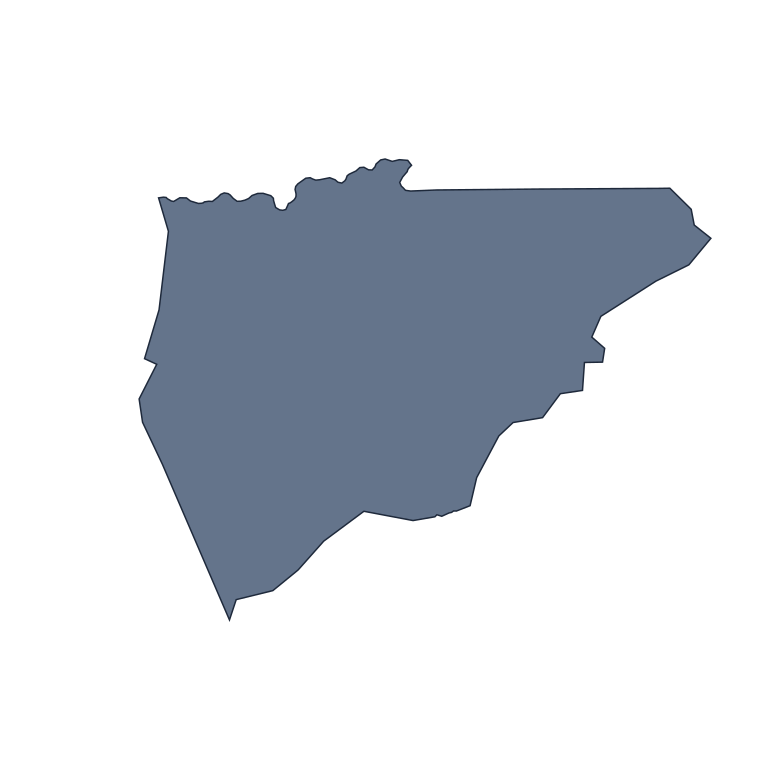 Transylvania, North Carolina, United States of America, rotated 197°
{"feature_id": "52423323B19490558712126", "entity_name": "Transylvania", "entity_type": "district", "adm_level": 2, "iso_a3": "USA", "parent_name": "United States of America", "parent_adm1": "North Carolina", "projection": "mercator", "projection_center": [-82.75, 35.225], "detail": "fine", "context": "isolated", "style": "filled", "palette": "slate", "viewbox_px": 768, "rotation_deg": 197, "n_neighbors": 0, "source": "geoboundaries", "source_scale": "gbopen_adm2", "svg_char_len": 1707}
<svg xmlns="http://www.w3.org/2000/svg" viewBox="0 0 768 768"><g transform="rotate(197 384 384)"><path d="M654.0,496.1L634.8,467.0L620.8,389.1L620.4,338.2L607.1,336.4L613.8,298.1L603.7,276.8L572.5,242.5L462.8,113.2L462.3,134.6L429.9,153.9L412.4,180.1L411.7,181.2L395.7,216.1L366.0,256.4L316.3,261.9L296.5,271.9L295.2,274.4L290.1,274.4L284.1,279.7L281.8,281.0L280.4,282.9L277.6,283.7L266.1,292.8L268.0,321.5L259.0,367.9L249.3,384.9L222.5,398.2L212.5,426.3L192.3,435.9L198.6,463.2L181.4,468.8L183.4,482.6L199.0,489.6L196.4,512.1L154.1,561.8L127.3,587.1L114.0,618.9L133.8,626.7L141.3,640.9L167.9,654.8L177.8,651.6L292.3,615.9L390.5,584.9L415.0,576.3L420.1,575.5L422.5,576.9L422.6,577.0L425.3,578.3L427.9,581.3L426.7,587.4L424.8,591.8L423.9,593.8L423.9,596.2L423.2,598.1L421.6,601.2L426.7,604.8L434.9,603.0L441.2,599.3L448.7,599.5L452.7,597.3L455.9,592.1L456.1,589.0L457.9,585.2L461.4,584.3L466.6,585.4L470.4,583.9L473.1,579.5L478.7,574.4L480.1,572.4L480.3,568.7L480.9,566.8L483.1,563.8L487.1,563.5L490.4,565.0L496.2,565.4L505.3,560.5L508.9,559.0L512.2,559.2L514.9,559.7L519.0,557.9L524.9,550.2L526.2,547.1L525.9,544.0L523.7,540.1L523.0,537.6L523.2,535.7L523.9,533.7L525.7,531.0L527.1,529.4L528.1,528.7L528.4,525.9L528.9,522.2L531.6,520.5L534.7,520.0L539.2,521.1L541.2,524.0L543.2,527.1L544.1,529.3L547.3,531.0L555.4,531.0L560.5,529.3L565.3,525.7L567.7,521.8L570.7,519.2L574.5,516.9L577.9,515.8L582.4,517.4L586.4,519.8L588.8,520.5L592.7,520.0L595.6,517.6L597.4,514.2L601.5,508.4L605.1,507.5L609.1,505.6L609.7,504.5L611.3,503.5L614.3,502.4L622.6,502.4L627.3,504.2L633.7,502.4L638.5,497.1L640.8,496.8L645.5,497.9L646.8,498.7L649.5,498.2L654.0,496.1Z" fill="#64748b" stroke="#1e293b" stroke-width="1.5"/></g></svg>